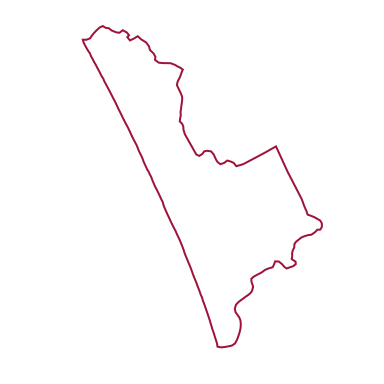 Jaguaruna, Santa Catarina, Brazil (Robinson projection), rotated 100°
{"feature_id": "56859067B4369152609379", "entity_name": "Jaguaruna", "entity_type": "district", "adm_level": 2, "iso_a3": "BRA", "parent_name": "Brazil", "parent_adm1": "Santa Catarina", "projection": "robinson", "projection_center": [-49.046, -28.668], "detail": "fine", "context": "isolated", "style": "outline", "palette": "rose", "viewbox_px": 384, "rotation_deg": 100, "n_neighbors": 0, "source": "geoboundaries", "source_scale": "gbopen_adm2", "svg_char_len": 2963}
<svg xmlns="http://www.w3.org/2000/svg" viewBox="0 0 384 384"><g transform="rotate(100 192 192)"><path d="M46.9,299.2L45.2,302.2L45.3,305.6L44.1,308.7L46.0,311.5L49.7,314.3L52.9,316.4L55.5,317.8L58.3,319.0L60.4,322.4L61.0,326.0L63.9,324.5L66.4,322.6L68.9,320.6L71.1,318.7L73.4,316.4L75.9,315.0L78.1,313.1L80.8,311.1L83.4,308.9L86.3,306.7L90.1,303.7L93.8,301.0L95.7,299.1L97.9,297.8L100.7,295.6L103.6,293.3L106.4,291.1L108.8,289.3L111.4,287.3L113.7,285.6L116.1,283.7L119.2,281.5L122.8,279.0L125.7,276.8L128.0,275.1L130.8,273.1L136.0,269.2L139.5,266.4L142.6,264.2L145.2,262.4L147.8,260.6L150.6,258.5L153.6,256.2L155.7,254.5L158.1,253.1L161.3,251.1L164.5,248.7L167.0,246.9L170.4,245.0L173.6,242.8L177.6,240.0L180.0,237.9L182.2,236.5L184.2,234.8L187.1,233.2L190.3,231.1L192.8,229.5L195.7,227.2L198.7,225.0L201.1,223.3L204.6,220.9L206.8,219.2L210.4,217.5L214.4,214.9L217.8,212.6L220.8,210.5L224.4,208.0L227.5,205.8L230.6,203.5L233.4,201.3L236.9,199.0L239.9,196.8L243.1,194.7L246.4,192.6L250.3,190.3L254.1,188.3L256.6,186.7L259.6,184.8L262.3,183.1L265.7,180.9L268.9,179.0L271.2,177.7L273.5,176.4L276.0,174.9L278.1,173.5L280.5,172.0L283.5,170.3L285.8,168.9L288.6,167.2L291.6,165.6L294.3,163.7L297.1,162.4L299.9,160.7L303.3,158.8L307.6,156.4L312.0,154.0L316.3,151.7L318.6,150.6L321.1,149.3L323.6,148.1L326.9,146.2L330.3,144.5L333.5,142.8L336.6,141.2L339.9,140.0L339.9,136.0L338.5,131.5L336.4,126.2L333.7,123.3L329.2,121.9L325.7,121.3L322.3,120.8L319.4,120.6L316.9,120.6L313.7,121.0L310.0,122.0L307.3,123.7L305.0,126.0L302.7,128.3L299.4,129.6L295.4,129.1L292.6,127.3L290.1,125.1L288.0,123.0L286.0,121.2L283.5,118.6L280.9,116.5L278.4,115.6L274.5,115.4L269.9,117.9L267.2,118.5L264.8,116.7L262.2,113.5L259.2,109.5L256.0,106.5L254.0,103.4L252.1,99.5L249.0,98.6L245.9,98.1L245.4,94.4L247.5,90.7L249.6,88.2L250.9,85.5L249.1,82.5L247.5,79.5L245.0,77.3L242.6,77.9L240.8,82.1L237.5,82.2L234.9,82.8L232.1,82.6L228.8,81.7L225.5,82.1L222.8,80.8L220.0,78.3L217.7,76.3L215.6,72.9L214.4,70.3L213.3,67.0L210.3,64.0L207.4,62.0L206.8,59.2L203.7,58.0L200.1,58.8L197.8,60.9L195.6,67.0L194.9,70.1L194.2,74.2L190.7,76.1L187.5,78.3L185.0,79.8L182.0,81.5L179.7,82.9L155.4,101.4L132.5,117.2L140.5,126.9L145.6,133.4L155.7,146.4L158.9,152.8L156.1,156.0L155.3,159.0L154.9,162.8L157.7,165.3L159.7,168.9L157.9,172.2L155.7,174.1L153.6,175.6L151.4,177.0L148.7,180.2L148.8,184.5L149.8,187.0L152.7,188.4L155.2,191.1L154.3,194.3L136.4,209.0L132.2,211.2L128.8,212.0L126.4,213.7L124.6,216.3L121.7,216.5L118.6,216.3L115.2,217.2L112.6,217.2L109.9,217.4L106.7,217.5L103.6,217.6L100.4,218.1L97.9,219.4L94.7,221.6L91.7,223.8L89.2,225.5L85.6,225.3L82.3,224.2L79.8,223.6L76.1,223.0L73.0,222.3L71.7,225.0L70.9,227.8L69.8,230.8L68.9,235.3L69.6,240.0L70.1,243.0L70.4,247.3L68.3,251.4L65.3,251.5L62.4,253.7L59.5,258.0L56.0,259.7L52.7,263.1L50.6,268.4L48.0,272.5L51.0,275.9L53.5,279.4L50.7,282.6L48.6,281.2L46.3,283.7L44.7,288.3L47.8,291.1L47.9,294.5L46.9,299.2Z" fill="none" stroke="#9f1239" stroke-width="2"/></g></svg>